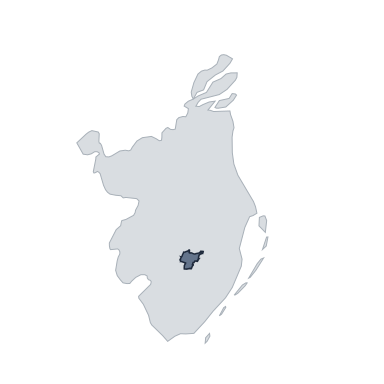 Steenwijkerland, Overijssel, Netherlands shown in context, rotated 135°
{"feature_id": "6326949B44808907248526", "entity_name": "Steenwijkerland", "entity_type": "district", "adm_level": 2, "iso_a3": "NLD", "parent_name": "Netherlands", "parent_adm1": "Overijssel", "projection": "robinson", "projection_center": [6.02, 52.748], "detail": "fine", "context": "in_parent", "style": "filled", "palette": "slate", "viewbox_px": 384, "rotation_deg": 135, "n_neighbors": 0, "source": "geoboundaries", "source_scale": "gbopen_adm2", "svg_char_len": 5952}
<svg xmlns="http://www.w3.org/2000/svg" viewBox="0 0 384 384"><g transform="rotate(135 192 192)"><path d="M238.7,308.2L232.2,308.0L226.1,307.8L222.8,307.4L219.4,306.2L217.8,303.7L215.9,300.7L216.4,298.8L222.2,293.5L223.0,292.0L222.4,291.3L223.0,288.9L227.4,281.0L228.0,277.9L226.0,275.6L223.2,274.3L214.0,272.0L209.6,268.7L207.6,265.8L205.6,265.0L202.5,265.9L194.9,267.0L188.7,265.5L181.4,260.0L179.7,255.1L178.9,251.4L177.0,250.1L174.6,252.0L171.4,255.1L165.3,255.4L163.5,254.7L163.2,253.0L162.9,251.4L161.2,249.4L159.4,248.3L151.6,253.9L148.7,253.9L145.0,251.8L143.2,249.6L139.2,250.8L135.6,253.5L136.8,258.3L134.8,259.2L130.4,258.8L125.4,256.8L119.8,255.6L111.4,252.2L99.5,254.9L91.3,251.7L84.5,251.3L80.3,248.7L75.8,244.3L79.1,241.4L82.2,240.4L94.7,239.8L103.8,241.6L120.0,251.2L124.2,251.1L128.6,249.9L126.4,247.3L122.3,246.0L116.2,243.5L111.4,239.9L122.8,238.7L121.3,236.8L119.8,233.6L107.9,222.5L110.0,219.5L113.1,213.0L116.9,207.7L119.9,206.2L124.9,202.4L135.7,191.3L142.6,182.2L147.7,171.4L155.3,141.7L157.5,136.7L161.1,131.1L165.6,132.2L168.7,133.8L179.7,129.6L198.5,118.6L204.1,109.1L209.6,104.7L231.1,96.0L243.1,93.5L261.4,92.8L274.7,91.3L290.6,90.7L296.7,96.0L300.3,99.9L306.0,102.1L314.8,103.6L314.3,111.2L314.5,126.4L313.8,129.1L309.9,135.5L305.8,147.0L304.7,154.5L303.5,156.0L286.6,155.9L284.3,157.3L283.9,158.9L284.8,160.8L284.4,162.8L283.1,164.3L283.8,166.8L286.7,169.7L292.1,171.4L297.8,171.6L300.7,171.3L302.8,173.3L305.0,176.5L304.8,180.4L304.0,185.7L301.4,190.6L293.6,196.2L290.1,198.2L286.9,199.2L285.3,200.7L284.6,202.6L284.8,204.3L290.3,208.8L290.2,209.8L288.6,212.2L286.5,214.4L272.2,219.0L266.3,218.6L262.9,220.9L261.8,221.4L258.1,219.3L249.8,216.8L246.6,217.7L244.9,219.0L239.6,220.6L235.8,223.1L235.8,226.4L242.5,234.8L244.8,236.5L244.9,239.6L248.2,243.6L251.5,248.5L251.9,251.6L251.5,254.8L249.8,259.3L244.0,269.9L243.9,271.9L244.4,273.5L246.4,273.9L247.9,274.7L247.5,276.1L236.6,283.4L235.2,284.7L230.6,284.3L230.0,285.6L230.6,287.6L232.3,289.3L236.2,290.2L239.5,292.1L242.2,295.7L238.7,308.2ZM125.4,256.8L124.4,259.8L121.9,263.2L113.3,268.0L104.4,271.2L99.9,270.8L96.8,269.2L95.1,267.4L90.4,265.7L83.9,264.9L79.8,266.7L76.9,268.4L74.4,268.1L72.5,266.7L71.0,264.5L69.2,257.5L74.1,256.2L84.6,255.7L92.7,258.2L103.4,259.4L111.6,256.0L118.0,258.9L125.4,256.8ZM108.0,228.2L114.2,232.7L115.5,234.1L116.0,235.6L108.0,237.3L99.6,231.9L94.0,233.2L92.0,230.6L92.0,229.0L97.8,227.7L108.0,228.2ZM168.6,120.7L162.3,126.4L158.5,124.8L157.4,123.5L159.4,119.0L168.7,111.6L168.6,120.7ZM196.6,95.2L190.7,95.8L188.0,94.7L202.2,91.5L211.2,90.5L212.8,91.0L196.6,95.2ZM234.7,89.3L222.2,90.6L218.0,89.6L217.3,88.7L220.7,88.1L231.3,88.0L234.6,88.8L234.7,89.3ZM182.8,101.5L171.1,107.4L170.1,106.5L177.7,101.3L182.8,101.5ZM285.4,79.3L279.6,79.6L281.3,77.4L286.7,75.8L289.6,75.8L285.4,79.3ZM260.2,85.1L251.3,87.8L249.2,87.3L249.7,86.5L257.5,84.7L260.2,85.1Z" fill="#d9dde1" stroke="#a8b0b8" stroke-width="1"/><path d="M227.7,141.1L227.1,141.4L227.0,141.5L226.7,141.6L226.1,142.0L226.4,142.4L226.7,142.8L226.8,143.0L227.5,143.4L227.6,143.5L227.6,143.8L228.2,143.7L228.7,143.7L228.8,143.7L229.1,143.7L229.1,143.8L229.6,143.8L229.8,143.8L230.3,144.0L230.8,144.3L231.2,144.6L231.5,144.7L231.7,144.8L231.8,145.0L232.4,145.4L232.5,145.5L232.8,145.7L233.2,145.7L234.2,146.5L234.7,147.4L235.0,148.2L235.4,149.3L235.5,149.4L236.0,149.7L236.3,150.0L236.3,150.3L236.5,150.3L236.9,150.8L236.9,151.1L236.7,151.4L236.1,151.8L235.9,151.8L235.6,152.0L234.9,152.6L234.9,152.8L235.0,153.1L235.3,153.1L235.7,153.1L236.2,153.2L236.5,153.2L236.7,153.3L236.8,153.3L237.0,153.3L237.3,153.4L237.5,153.6L237.8,153.8L238.0,154.0L239.1,154.3L239.6,154.6L239.9,154.8L240.1,155.0L240.3,155.2L240.4,155.3L240.5,155.4L241.6,154.7L242.6,154.6L242.8,154.5L243.0,154.4L243.3,154.2L243.5,154.1L243.8,154.0L244.0,153.9L244.4,153.7L244.6,153.6L245.3,153.5L245.5,153.8L245.5,153.7L245.8,153.5L245.9,153.4L246.0,153.4L246.5,153.3L246.6,153.2L246.8,153.2L247.0,153.0L247.2,152.9L247.3,152.9L247.5,152.9L247.6,152.7L247.8,152.7L247.7,152.5L247.8,152.4L248.0,152.4L248.4,152.2L248.6,152.0L248.7,151.9L248.8,151.9L248.9,151.7L248.9,151.4L249.0,151.4L249.2,151.2L249.1,151.3L249.0,151.1L248.9,150.8L248.8,150.7L248.7,150.5L248.8,150.5L248.7,150.4L248.5,150.0L248.4,149.7L248.2,149.3L248.1,149.2L247.3,147.6L247.3,147.4L247.2,147.4L247.1,147.2L246.8,146.6L246.7,146.5L246.8,146.4L246.8,146.2L247.0,146.1L247.5,145.9L247.9,145.8L248.2,145.8L248.5,145.7L248.8,145.6L249.1,145.5L249.3,145.4L249.5,145.2L249.8,145.2L250.1,144.7L250.6,144.4L251.4,143.6L251.9,143.0L250.5,141.5L250.4,141.4L250.1,141.3L249.1,140.5L248.6,140.2L248.8,140.2L248.2,139.8L248.2,139.7L247.8,139.4L247.7,139.3L247.6,139.2L247.4,139.0L247.3,138.7L246.7,138.2L245.0,139.0L244.9,139.0L244.7,139.1L244.4,139.3L243.9,139.4L243.4,139.3L243.0,139.4L242.7,139.5L242.5,139.8L242.6,140.0L242.9,140.4L242.6,140.5L242.3,140.7L242.1,140.9L241.9,141.0L241.6,141.1L241.3,141.2L241.1,141.3L240.8,140.8L240.7,140.7L240.2,140.8L239.6,140.9L239.5,141.0L239.1,141.2L238.9,141.2L238.7,140.9L238.4,140.8L238.1,140.5L238.0,140.2L237.8,140.0L237.7,139.9L237.6,139.7L237.4,139.3L237.4,139.2L237.2,139.1L236.8,139.2L236.7,139.3L236.4,139.4L236.3,139.5L236.4,139.8L236.2,139.8L236.2,139.7L235.9,139.6L235.7,139.5L235.4,139.6L235.2,139.7L234.9,139.7L234.7,139.7L234.6,139.8L234.7,140.0L234.4,140.0L234.2,140.0L234.3,140.1L234.5,140.2L234.5,140.3L234.4,140.3L234.2,140.3L234.3,140.6L234.2,140.7L234.0,140.8L233.9,140.8L233.7,141.0L233.5,141.3L233.4,141.4L233.2,141.5L232.9,141.5L232.7,141.7L232.7,141.8L232.5,142.0L232.4,142.0L232.1,142.1L231.8,142.2L231.7,142.2L231.6,142.3L231.5,142.5L231.4,142.5L231.1,142.4L230.9,142.3L230.7,142.3L230.7,142.2L230.4,142.2L230.2,142.2L229.9,142.1L229.7,142.0L229.4,142.1L229.2,142.1L229.1,141.9L229.0,142.0L228.9,142.0L228.7,142.1L228.8,141.9L228.7,141.7L228.4,141.5L228.3,141.4L228.2,141.4L228.1,141.5L228.0,141.4L227.9,141.4L227.7,141.2L227.7,141.1Z" fill="#64748b" stroke="#1e293b" stroke-width="1.5"/></g></svg>